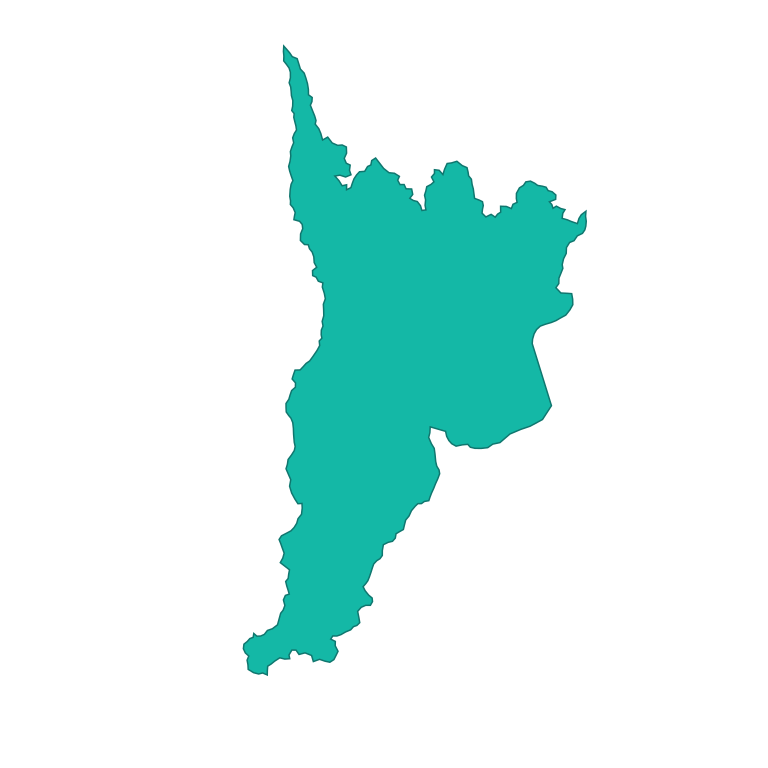 Aurora do Tocantins, Tocantins, Brazil (Albers equal-area conic projection), rotated 282°
{"feature_id": "56859067B18425923118279", "entity_name": "Aurora do Tocantins", "entity_type": "district", "adm_level": 2, "iso_a3": "BRA", "parent_name": "Brazil", "parent_adm1": "Tocantins", "projection": "albers", "projection_center": [-46.425, -12.638], "detail": "fine", "context": "isolated", "style": "filled", "palette": "teal", "viewbox_px": 768, "rotation_deg": 282, "n_neighbors": 0, "source": "geoboundaries", "source_scale": "gbopen_adm2", "svg_char_len": 5240}
<svg xmlns="http://www.w3.org/2000/svg" viewBox="0 0 768 768"><g transform="rotate(282 384 384)"><path d="M172.2,416.9L174.3,412.9L177.9,408.5L181.4,405.7L185.0,407.7L188.2,409.1L192.2,409.8L197.1,410.4L202.3,410.9L205.9,411.4L209.7,413.7L212.3,416.4L215.9,418.0L220.8,417.0L226.7,416.8L230.0,421.0L231.9,425.0L235.6,427.1L240.0,426.9L243.0,430.1L245.7,433.2L250.7,433.3L255.5,433.5L260.0,435.9L265.8,437.2L270.9,439.9L274.0,442.0L274.8,445.5L277.5,447.9L279.2,452.1L282.9,452.5L287.3,453.2L292.2,454.3L297.0,455.1L302.5,456.3L307.8,457.1L311.4,455.7L314.6,452.7L318.9,450.7L326.2,448.4L331.5,446.5L335.4,442.8L341.0,438.8L345.8,439.0L351.7,438.1L350.5,454.1L345.8,456.2L342.2,459.2L339.7,462.6L338.2,467.4L340.8,473.3L342.4,478.5L340.1,481.6L340.0,486.3L341.2,492.4L343.3,498.7L347.8,502.9L350.8,509.6L361.3,517.6L368.1,527.3L373.1,535.7L382.2,546.4L397.6,552.3L454.3,520.6L458.8,520.0L464.3,520.4L469.0,521.9L473.1,524.8L476.0,529.4L478.9,534.8L481.8,539.1L485.1,542.7L489.2,547.5L495.1,550.4L500.8,552.2L506.2,550.9L511.4,548.8L510.8,544.4L509.8,538.1L513.9,532.1L518.6,534.1L523.9,533.1L529.5,534.1L534.3,534.9L537.8,533.5L543.8,533.6L549.6,535.1L555.4,534.1L561.0,536.1L563.7,540.1L569.1,542.3L572.6,546.8L576.5,548.4L580.4,548.6L585.2,548.0L590.0,546.3L595.0,545.6L590.6,541.8L586.5,540.3L581.1,539.8L581.9,533.3L582.7,529.3L583.1,523.8L588.1,523.4L592.2,524.8L592.4,520.4L593.8,515.6L591.0,512.8L594.5,510.8L596.6,507.9L600.3,513.5L604.6,512.8L607.0,508.5L607.3,504.3L610.2,501.6L610.4,497.8L610.2,493.0L611.7,489.7L612.9,485.1L611.2,480.7L607.3,479.1L604.0,475.7L598.0,473.9L592.9,474.9L589.3,476.4L586.6,472.8L582.1,472.1L583.1,466.8L582.1,461.1L576.3,462.4L573.8,459.8L570.3,458.1L572.2,453.5L568.6,448.9L571.5,444.4L575.4,444.0L579.2,444.0L582.8,442.4L583.7,438.8L584.4,434.0L589.1,432.3L593.4,430.8L597.5,428.7L602.5,426.9L605.2,423.5L608.7,422.2L612.9,420.2L613.9,415.1L617.0,409.0L614.3,404.1L612.8,399.9L606.7,398.6L601.1,398.1L604.5,393.5L604.1,388.8L600.4,389.6L596.3,387.4L592.1,390.8L588.9,388.4L585.9,384.8L581.6,384.8L577.1,384.4L572.7,386.4L567.4,387.0L563.0,388.8L561.6,385.0L566.0,382.6L569.4,378.6L569.6,374.5L571.0,370.6L575.4,372.7L580.5,370.5L579.5,365.0L583.3,362.2L582.4,358.2L586.2,355.0L590.3,355.9L592.3,350.4L591.7,345.0L594.8,338.8L598.9,334.0L603.3,328.8L600.0,325.5L595.5,325.6L593.3,322.7L588.0,320.9L586.5,315.9L582.8,313.7L578.5,312.0L573.9,311.3L569.2,310.8L566.2,307.0L571.1,306.0L569.2,301.8L573.5,297.7L577.2,292.7L579.1,297.4L578.5,303.4L581.8,308.2L585.9,305.8L591.1,305.4L592.1,301.2L596.4,298.2L602.0,299.4L608.0,297.9L609.1,293.4L607.8,289.1L609.0,283.2L613.8,277.6L609.9,273.2L615.9,270.1L620.2,267.1L623.9,262.7L627.6,262.7L631.7,260.5L636.9,257.0L641.4,254.0L645.2,254.8L649.3,254.2L651.2,250.0L656.4,248.8L661.9,246.7L666.8,244.1L671.5,241.3L674.7,236.7L678.9,234.4L684.2,231.4L685.1,226.2L688.3,222.9L690.6,219.9L693.7,215.7L688.3,216.5L683.9,217.9L679.2,218.7L676.3,222.2L673.4,225.4L669.5,227.6L664.0,228.8L658.9,228.6L655.1,231.0L650.7,232.4L646.8,233.5L642.2,235.9L636.7,236.9L632.3,236.9L629.8,239.9L626.1,240.3L621.9,242.3L618.1,244.2L614.2,245.6L610.4,244.2L605.8,243.5L601.1,245.5L597.1,244.7L591.9,244.1L587.7,245.4L582.2,245.8L577.0,245.5L572.8,247.4L568.4,249.9L564.0,252.6L560.1,251.6L554.9,251.8L548.0,252.8L543.7,254.5L540.1,255.1L537.5,258.5L533.2,261.5L529.5,261.5L526.0,261.7L525.6,267.6L523.1,270.8L519.0,272.2L513.4,271.2L507.0,272.4L503.9,277.2L504.5,280.9L500.8,283.0L498.1,286.3L493.8,288.9L488.2,290.5L484.2,293.9L480.1,290.5L475.2,291.7L474.4,295.4L470.9,298.4L470.2,303.2L466.0,303.5L460.4,306.7L455.2,308.9L449.4,308.1L443.8,309.6L438.2,310.9L432.4,310.5L428.0,312.3L423.7,311.5L419.2,312.3L415.9,313.7L412.6,311.7L408.2,313.1L402.8,311.5L396.0,308.7L391.1,306.5L387.9,303.5L384.2,301.4L380.3,299.0L379.1,294.1L374.4,293.5L369.8,293.1L366.7,297.2L362.4,298.0L358.4,295.0L353.4,294.4L349.3,294.1L344.6,292.2L340.5,293.1L336.3,294.2L333.4,297.3L331.2,300.1L327.2,302.8L321.7,304.6L316.1,306.0L312.1,307.2L308.4,308.3L304.4,310.1L300.3,310.1L295.4,308.3L290.2,305.9L285.3,306.2L280.7,305.8L276.6,308.7L271.0,312.7L264.4,312.9L258.2,316.3L253.0,320.7L249.0,324.7L250.1,328.6L245.6,329.8L239.4,330.4L234.4,327.9L229.6,327.6L224.9,325.9L221.0,323.5L217.9,319.8L214.2,315.3L210.1,313.7L206.7,316.0L202.6,318.5L197.8,321.5L192.7,321.2L187.7,319.7L185.3,324.7L182.6,330.2L178.2,330.3L173.9,330.7L170.4,328.9L166.2,330.9L162.7,332.9L158.8,335.0L156.7,331.5L151.9,330.5L146.7,333.1L141.6,332.3L138.3,330.6L133.1,330.3L126.3,329.9L121.4,325.7L118.7,321.2L114.2,319.0L111.8,315.7L110.9,312.1L112.9,308.5L109.0,308.7L107.1,305.7L103.7,303.8L100.4,301.1L95.8,301.5L92.1,304.3L89.8,308.3L85.4,307.5L81.1,309.3L76.6,310.5L74.5,316.5L74.3,321.7L76.1,325.4L75.1,330.3L79.4,329.5L83.8,328.9L86.6,331.8L90.2,334.7L94.5,339.0L94.3,344.1L95.7,348.9L99.2,347.4L104.6,349.2L105.4,353.3L101.8,357.1L104.6,362.7L103.4,369.6L97.8,372.6L101.3,378.2L100.6,384.0L100.6,388.9L104.0,392.3L108.5,393.5L113.0,394.6L117.8,390.7L122.1,389.9L123.4,384.9L126.9,386.3L127.7,390.3L129.9,394.0L133.5,398.0L136.6,402.5L140.3,404.6L142.2,407.7L145.5,409.9L150.5,407.9L156.1,405.5L160.8,408.1L163.7,412.1L164.7,416.7L168.8,418.0L172.2,416.9Z" fill="#14b8a6" stroke="#0f766e" stroke-width="1.5"/></g></svg>